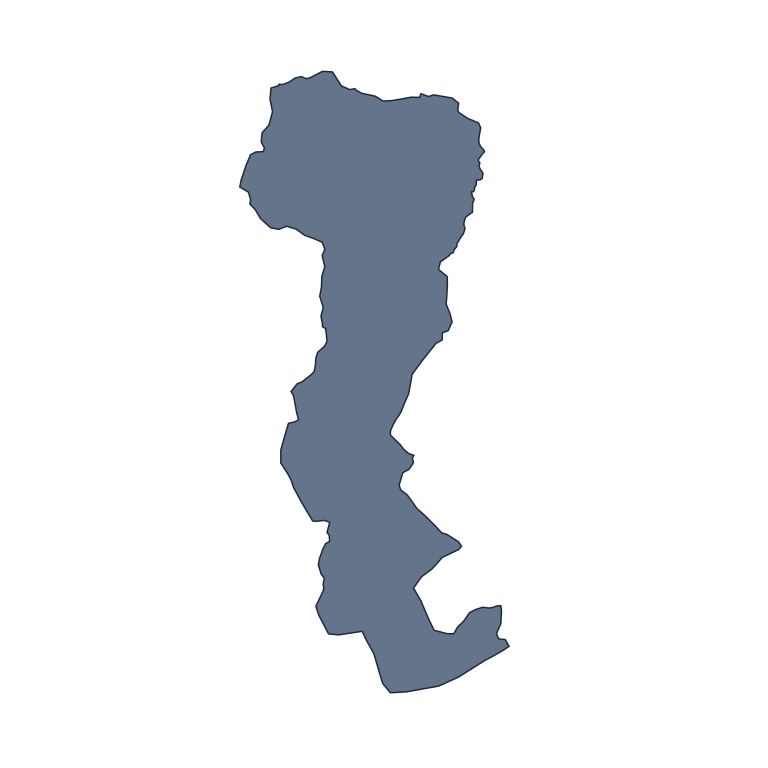 the district of Paikoro, Niger, Nigeria, rotated 107°
{"feature_id": "59680162B6318880418470", "entity_name": "Paikoro", "entity_type": "district", "adm_level": 2, "iso_a3": "NGA", "parent_name": "Nigeria", "parent_adm1": "Niger", "projection": "albers", "projection_center": [6.843, 9.493], "detail": "fine", "context": "isolated", "style": "filled", "palette": "slate", "viewbox_px": 768, "rotation_deg": 107, "n_neighbors": 0, "source": "geoboundaries", "source_scale": "gbopen_adm2", "svg_char_len": 4911}
<svg xmlns="http://www.w3.org/2000/svg" viewBox="0 0 768 768"><g transform="rotate(107 384 384)"><path d="M606.1,194.3L605.8,194.0L603.7,192.0L600.0,189.1L598.3,187.7L596.8,189.3L594.8,191.4L593.0,193.2L593.6,196.6L594.2,199.8L590.0,203.4L587.2,203.1L578.8,202.2L576.2,202.9L567.3,205.1L566.9,205.2L566.6,205.4L564.0,206.5L561.9,207.5L562.5,209.6L563.7,212.0L564.4,212.7L565.4,213.8L567.5,217.9L568.2,221.6L568.7,224.5L570.2,226.6L572.4,229.8L572.9,230.5L573.4,231.0L575.9,233.6L577.6,235.3L580.4,236.2L587.1,238.3L590.5,240.1L594.8,242.5L599.6,243.6L602.5,244.3L603.2,246.9L603.5,247.6L603.6,248.2L603.8,248.9L604.0,249.5L604.1,250.0L604.3,250.9L604.4,252.2L604.6,257.7L604.9,263.5L604.5,264.4L595.5,272.8L580.8,285.1L570.6,296.0L570.0,295.9L557.5,291.8L546.8,284.0L532.6,277.4L520.6,264.3L516.6,262.4L513.2,266.4L510.4,276.2L509.5,279.9L509.5,285.3L505.3,292.5L498.2,305.7L493.5,316.0L491.5,318.6L489.4,321.3L484.6,327.6L483.4,329.2L482.9,330.5L482.2,332.3L480.6,336.5L480.4,337.0L476.3,340.0L473.7,340.0L466.0,340.0L463.2,340.0L460.8,337.6L458.5,335.2L456.2,334.5L453.0,333.5L450.8,332.8L448.6,334.0L448.3,334.2L448.1,334.3L446.6,335.2L443.5,334.6L443.3,340.1L440.5,346.4L437.4,350.6L435.0,355.2L432.1,360.8L431.4,362.3L430.4,363.2L426.7,364.1L424.7,363.9L420.1,363.3L417.2,362.7L413.4,361.9L410.6,360.8L405.8,359.5L397.6,358.9L394.9,358.6L386.3,357.6L376.4,358.7L369.3,359.6L366.5,359.9L364.0,359.0L353.8,355.5L353.1,355.2L351.1,354.5L348.8,353.6L333.8,347.7L329.8,346.1L327.5,343.8L325.0,341.3L321.8,342.1L317.9,343.1L316.4,341.1L314.3,338.2L310.9,337.8L310.0,337.7L307.7,337.4L304.8,337.0L302.2,338.6L299.3,340.3L297.7,341.3L291.9,345.9L289.4,347.9L286.7,348.5L278.1,350.5L272.6,351.9L271.6,352.1L271.2,352.2L265.2,354.1L262.7,355.1L259.4,363.2L258.6,365.3L256.1,365.5L250.7,365.8L246.9,362.8L241.9,359.1L240.0,358.7L238.2,356.2L235.1,356.1L231.3,354.6L228.3,355.2L221.9,353.6L217.4,352.1L214.3,351.9L211.6,352.0L209.1,353.7L207.4,354.5L203.7,354.8L200.3,354.5L195.1,350.7L193.9,349.6L185.3,352.1L181.2,351.7L179.9,353.0L179.0,354.3L177.3,355.0L175.6,356.3L174.7,356.6L174.3,356.3L174.3,355.4L173.9,354.8L173.6,354.6L172.5,354.3L169.8,354.7L167.9,354.5L166.7,353.9L162.5,355.1L161.8,354.6L160.4,351.4L158.6,350.2L153.6,350.9L149.8,355.5L147.1,356.9L144.6,356.9L143.2,358.7L141.7,359.3L136.8,357.7L132.8,356.0L131.7,356.1L128.6,361.1L125.8,363.6L121.2,365.2L110.8,366.4L106.7,370.0L105.5,382.0L102.5,391.7L100.7,393.5L93.6,394.7L91.2,401.0L90.6,402.5L90.9,404.7L92.5,417.4L93.0,421.1L94.3,423.0L96.0,425.3L95.8,429.6L95.6,433.5L97.7,433.7L99.5,433.8L101.9,442.2L106.6,451.2L110.8,459.6L113.7,467.5L111.3,476.5L112.5,490.3L111.3,496.3L110.1,498.1L112.5,503.0L112.1,505.9L111.7,509.3L111.3,512.0L109.4,514.2L107.7,516.2L105.9,518.3L102.1,522.8L100.6,524.6L103.0,534.2L113.0,544.5L114.8,548.1L114.2,552.9L117.2,558.3L123.1,563.1L127.3,568.5L128.0,572.1L129.0,572.1L129.6,572.1L132.5,576.4L134.0,578.6L134.4,578.5L135.0,578.4L144.9,576.3L156.4,570.1L158.9,570.1L167.5,569.8L170.2,569.8L175.8,572.4L179.3,574.0L181.8,573.5L182.0,573.5L182.6,573.4L183.3,573.3L183.9,573.1L185.2,572.8L185.7,572.7L188.5,572.1L191.0,569.6L192.7,567.8L195.0,567.1L197.3,567.8L198.4,571.0L199.6,574.4L203.8,578.7L206.4,578.9L214.8,579.8L215.7,579.9L217.1,579.9L230.4,580.2L231.0,580.3L231.2,580.2L235.1,579.8L237.8,579.5L240.1,570.0L240.1,569.8L243.3,567.7L243.8,567.4L246.6,565.5L248.5,565.2L251.2,564.8L252.9,561.6L254.5,558.8L254.8,558.3L254.9,558.1L255.0,558.0L255.0,557.9L255.2,557.7L255.3,557.6L256.2,556.6L257.6,555.2L260.7,551.8L261.5,550.9L261.7,550.7L261.8,550.7L261.9,550.4L265.4,543.1L267.7,538.1L267.5,536.0L267.1,532.4L266.9,529.9L261.6,523.3L261.6,513.3L265.0,503.2L265.4,493.9L266.5,484.8L266.5,484.6L268.3,483.2L270.3,481.5L272.3,480.0L275.7,480.3L279.2,480.7L281.4,479.4L281.6,479.3L282.2,479.0L284.7,477.5L284.8,477.5L286.8,476.3L286.9,476.2L289.1,474.9L299.4,474.9L309.3,472.2L318.9,471.1L328.4,464.5L330.3,464.4L332.5,464.3L333.5,464.3L337.6,464.1L339.2,463.3L344.9,460.2L345.1,460.2L347.1,459.7L348.1,456.0L353.5,453.6L360.0,450.9L365.7,452.1L373.0,456.7L379.5,456.7L385.6,455.2L392.5,454.4L396.3,456.3L406.2,463.3L409.3,467.2L418.4,470.7L421.5,467.2L437.2,459.0L443.3,455.2L446.5,458.5L449.5,463.8L457.6,463.8L477.2,463.4L489.7,459.6L498.6,449.1L504.2,443.8L509.1,440.5L521.8,427.7L535.9,412.1L535.0,408.5L531.9,401.1L532.1,395.9L532.3,395.5L539.2,395.2L542.6,395.1L543.9,393.3L544.9,392.0L550.6,390.0L552.2,391.7L553.7,393.1L555.9,393.5L560.1,394.3L561.7,394.3L568.7,394.6L569.7,394.7L570.6,394.6L574.0,394.1L576.2,393.9L577.5,393.0L581.9,390.0L584.2,388.5L585.7,386.4L587.3,384.2L590.7,383.9L592.6,383.8L594.7,382.9L596.0,382.2L599.4,381.6L616.4,384.2L623.8,379.1L639.2,363.9L637.1,353.9L626.9,332.6L635.2,325.0L644.4,315.2L670.7,297.8L677.4,287.6L671.8,272.4L665.0,259.2L656.7,243.1L642.3,226.9L618.8,206.7L618.5,206.3L613.2,201.0L606.1,194.3Z" fill="#64748b" stroke="#1e293b" stroke-width="1.5"/></g></svg>